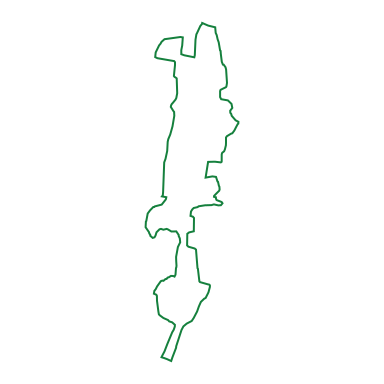 outline of Guazacapán, Santa Rosa, Guatemala
{"feature_id": "79465075B7979151806096", "entity_name": "Guazacapán", "entity_type": "district", "adm_level": 2, "iso_a3": "GTM", "parent_name": "Guatemala", "parent_adm1": "Santa Rosa", "projection": "natural_earth1", "projection_center": [-90.43, 14.006], "detail": "fine", "context": "isolated", "style": "outline", "palette": "green", "viewbox_px": 384, "rotation_deg": 0, "n_neighbors": 0, "source": "geoboundaries", "source_scale": "gbopen_adm2", "svg_char_len": 3082}
<svg xmlns="http://www.w3.org/2000/svg" viewBox="0 0 384 384"><path d="M215.2,27.3L208.2,25.6L202.2,23.0L202.0,24.0L200.3,26.0L196.8,33.6L196.4,34.2L195.5,39.7L194.8,55.2L194.3,57.3L184.3,55.3L181.3,54.2L181.3,50.1L182.2,45.6L182.8,37.4L180.4,37.0L164.5,39.2L161.6,41.8L161.1,42.6L160.6,43.6L159.1,45.4L155.7,52.4L155.2,57.1L157.4,58.2L174.2,61.1L175.0,62.2L175.0,65.1L173.9,76.0L174.3,76.6L174.9,77.1L175.9,77.7L176.7,78.4L177.2,93.2L176.3,98.0L175.5,99.6L172.9,102.8L171.8,104.0L171.5,104.6L171.1,105.3L171.0,106.0L170.8,106.9L173.5,111.2L174.1,111.9L174.3,115.8L172.5,126.4L170.2,134.6L168.3,139.1L167.7,141.8L167.2,151.0L165.5,158.9L164.2,162.4L163.1,192.1L162.8,195.3L162.0,196.4L166.3,197.2L166.1,198.3L165.8,199.4L165.2,200.2L161.7,204.6L154.8,206.4L154.2,207.0L153.3,207.0L150.1,210.3L147.7,213.5L146.3,221.0L145.9,221.5L145.6,227.2L146.4,228.4L149.0,232.2L149.3,233.5L150.2,234.7L150.3,235.8L152.7,237.9L154.5,237.3L155.5,235.6L156.5,232.3L159.5,229.3L161.0,228.9L163.4,229.7L166.7,228.9L168.1,229.5L171.4,231.5L176.3,231.4L178.7,235.0L178.7,236.0L179.8,238.4L180.2,242.3L177.9,247.0L176.1,256.9L176.2,260.9L176.5,265.8L176.3,267.4L176.0,268.0L175.5,274.7L174.5,276.6L173.2,276.0L171.0,275.9L168.8,277.3L167.6,277.6L166.6,278.9L165.4,279.1L163.5,280.8L162.3,280.6L160.8,281.2L157.1,286.4L155.7,289.2L154.4,290.8L153.9,293.7L156.3,294.7L156.9,295.9L157.0,300.8L158.4,311.6L158.9,314.4L159.9,315.4L163.4,318.0L168.1,320.1L169.2,321.4L172.1,322.3L174.9,324.8L174.8,326.6L173.7,329.8L172.2,332.3L167.3,344.1L164.5,351.4L162.5,355.2L161.5,357.2L162.0,357.4L163.7,357.9L167.0,359.1L169.8,360.4L171.2,361.0L172.4,357.4L176.1,347.7L176.2,346.3L181.5,330.0L183.4,326.4L186.7,323.6L191.7,321.0L193.7,318.0L197.1,311.5L198.9,306.4L200.9,301.9L204.2,298.7L205.6,298.0L208.0,293.3L208.5,292.2L209.9,286.9L209.9,285.4L209.4,284.7L208.8,284.5L208.1,284.4L200.0,282.1L199.4,281.4L199.0,278.1L197.9,268.7L197.5,268.2L196.0,249.6L194.7,248.5L188.4,246.7L187.1,245.4L187.3,233.8L189.1,232.4L193.8,231.3L194.0,218.0L192.9,216.7L190.5,215.9L191.0,211.5L192.3,209.4L193.7,208.0L197.6,207.1L198.6,206.3L205.0,205.3L211.5,205.1L213.9,204.4L218.4,205.4L220.9,205.2L222.5,203.3L222.0,202.4L221.5,202.0L220.9,201.7L216.9,200.2L216.4,199.8L216.2,199.2L215.9,198.2L215.9,197.3L214.0,196.8L214.1,195.9L215.7,194.2L219.2,190.7L219.6,189.5L219.4,186.7L218.9,185.8L218.0,181.8L217.5,181.5L216.0,176.9L212.4,176.4L205.6,177.6L208.1,161.9L214.8,161.7L220.8,162.4L221.5,162.0L221.7,161.3L221.7,154.6L222.0,153.2L222.5,152.5L223.1,152.1L224.1,151.3L224.9,149.4L225.9,145.3L226.0,142.9L226.0,137.5L226.9,136.2L231.2,133.6L232.3,133.3L234.3,130.6L236.3,126.7L237.7,124.1L238.3,123.6L238.4,121.8L237.1,121.1L235.6,120.3L231.7,115.8L231.2,113.9L230.3,112.8L230.2,110.7L232.3,107.9L231.5,103.9L230.9,103.3L227.9,100.4L221.2,99.2L220.1,97.1L220.1,91.1L220.6,89.8L225.9,87.2L226.3,86.7L226.5,86.0L227.0,82.9L226.1,69.5L225.5,67.2L223.7,64.7L222.9,64.6L221.8,61.8L220.8,53.8L220.6,50.9L220.1,50.5L218.7,42.3L217.6,39.2L217.3,37.8L216.7,35.1L215.7,32.9L215.2,27.3Z" fill="none" stroke="#15803d" stroke-width="2"/></svg>